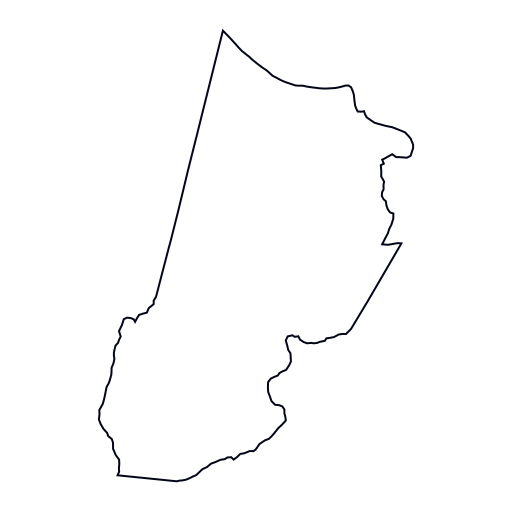 outline of Paulino Neves, Maranhão, Brazil
{"feature_id": "56859067B76832031221726", "entity_name": "Paulino Neves", "entity_type": "district", "adm_level": 2, "iso_a3": "BRA", "parent_name": "Brazil", "parent_adm1": "Maranhão", "projection": "robinson", "projection_center": [-42.596, -2.843], "detail": "fine", "context": "isolated", "style": "outline", "palette": "ink", "viewbox_px": 512, "rotation_deg": 0, "n_neighbors": 0, "source": "geoboundaries", "source_scale": "gbopen_adm2", "svg_char_len": 2809}
<svg xmlns="http://www.w3.org/2000/svg" viewBox="0 0 512 512"><path d="M117.6,475.3L176.8,481.3L179.5,480.6L182.5,480.4L186.2,479.6L189.8,478.1L192.9,476.5L196.2,475.1L202.5,469.1L206.8,467.2L211.1,463.6L214.8,462.3L220.5,459.8L224.9,459.1L227.3,457.5L231.2,457.2L233.6,459.6L236.9,457.2L240.3,453.9L244.2,453.3L249.9,451.0L253.4,451.2L255.7,449.5L259.5,444.0L265.0,440.3L268.8,438.9L271.4,436.5L274.6,432.8L278.1,428.3L282.1,424.6L285.8,420.5L285.3,416.6L284.4,413.3L284.4,409.5L282.3,406.4L278.9,405.1L275.1,404.8L271.5,401.1L269.8,396.2L268.2,392.0L267.9,388.1L268.1,382.1L270.8,378.6L274.1,377.0L277.8,375.5L279.4,373.1L282.2,371.5L286.1,369.9L289.3,365.0L290.9,361.6L290.7,356.8L290.4,353.2L288.3,350.1L287.1,345.1L285.8,340.4L287.7,336.4L292.4,335.3L294.8,336.8L298.3,336.3L300.1,339.7L303.6,342.0L307.0,343.3L311.2,342.9L313.8,343.3L317.2,342.9L319.6,341.9L324.9,340.8L326.3,338.4L330.2,337.8L333.9,337.1L338.8,334.5L342.6,333.9L346.0,334.0L351.0,329.0L367.6,301.4L401.4,243.4L398.0,243.1L394.5,243.6L391.7,244.2L387.8,244.8L382.2,244.3L385.5,237.7L387.8,233.5L389.2,229.0L391.4,224.7L393.3,218.6L393.4,213.5L390.0,212.4L387.8,209.3L386.5,205.7L385.8,201.2L383.6,199.3L381.8,196.0L382.1,192.3L383.6,189.2L383.5,184.9L384.1,181.6L381.2,176.5L381.3,171.4L380.8,165.2L383.8,163.7L382.2,159.7L385.2,158.2L389.1,156.0L392.2,154.2L396.1,157.1L399.1,157.1L407.0,157.7L410.6,155.8L413.1,148.2L413.1,144.6L410.7,138.7L408.6,136.1L405.0,132.3L397.1,129.1L392.2,127.2L389.1,126.6L384.6,125.6L381.2,124.6L377.7,123.7L374.5,122.7L371.3,120.6L366.7,117.3L364.9,114.0L364.0,111.2L361.4,111.7L357.7,111.5L356.2,108.5L355.1,105.5L354.4,100.1L353.9,95.0L352.8,91.2L351.1,87.3L348.5,85.5L345.3,85.6L342.6,86.4L339.5,87.2L335.4,88.0L330.6,88.3L326.7,88.5L323.0,88.5L319.5,88.3L316.7,87.9L313.0,87.5L309.4,87.0L306.5,86.5L302.6,85.7L299.0,85.7L295.6,85.5L289.9,83.6L285.1,82.0L281.0,80.2L276.5,77.8L272.5,75.7L269.7,73.1L266.5,70.3L262.6,67.7L257.9,64.2L254.8,61.7L251.5,59.0L249.4,56.9L245.4,53.8L241.8,50.9L238.6,47.5L235.7,44.2L232.6,40.8L229.2,37.1L225.0,32.8L222.9,30.7L203.4,108.9L196.5,136.6L188.1,169.9L186.5,176.6L178.5,209.8L170.8,240.4L168.7,248.1L156.0,296.9L153.7,300.5L153.7,304.1L151.0,306.3L148.8,308.1L146.8,312.7L142.7,313.7L139.1,314.9L137.1,318.0L135.1,321.8L133.7,319.3L130.5,318.0L126.9,317.7L123.8,319.2L121.9,325.1L119.0,331.1L120.7,336.5L119.1,339.7L118.0,342.9L115.5,345.6L114.6,349.4L113.9,352.4L113.9,355.8L114.4,358.7L113.5,363.2L111.6,367.8L111.5,371.7L111.3,374.8L109.9,379.8L108.8,383.1L106.6,387.0L104.8,396.0L103.9,399.9L102.8,403.8L101.3,406.6L99.3,410.0L99.5,414.4L98.9,419.5L100.6,423.9L103.4,428.8L107.2,433.0L108.2,436.1L111.8,439.0L113.0,442.7L113.1,448.9L115.8,455.1L119.1,459.6L119.3,464.0L118.9,468.3L119.1,471.8L117.6,475.3Z" fill="none" stroke="#020617" stroke-width="2"/></svg>